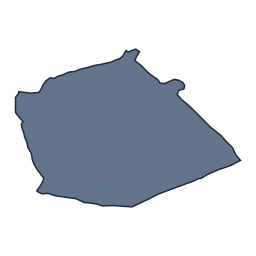 Åsele, Västerbotten, Sweden (Albers equal-area conic projection)
{"feature_id": "70781695B85403631212767", "entity_name": "Åsele", "entity_type": "district", "adm_level": 2, "iso_a3": "SWE", "parent_name": "Sweden", "parent_adm1": "Västerbotten", "projection": "albers", "projection_center": [17.524, 64.215], "detail": "fine", "context": "isolated", "style": "filled", "palette": "slate", "viewbox_px": 256, "rotation_deg": 0, "n_neighbors": 0, "source": "geoboundaries", "source_scale": "gbopen_adm2", "svg_char_len": 1237}
<svg xmlns="http://www.w3.org/2000/svg" viewBox="0 0 256 256"><path d="M36.8,190.9L38.0,191.9L42.0,193.8L48.2,193.4L56.0,195.9L63.8,197.0L76.0,198.7L79.5,200.3L84.3,202.5L89.9,203.0L97.0,204.1L102.1,205.9L113.9,205.6L132.0,206.9L136.7,204.7L140.9,202.7L148.5,199.1L158.7,193.9L172.9,188.6L194.0,180.8L199.0,178.5L201.2,178.3L207.2,174.6L218.7,169.6L230.9,165.4L240.5,160.4L235.9,155.0L232.5,147.6L226.5,141.8L220.7,135.3L209.7,126.5L197.3,113.9L188.5,105.3L181.3,99.4L177.2,94.5L178.7,90.5L184.0,88.9L184.6,85.1L182.7,82.4L178.6,80.2L174.3,79.4L169.7,81.3L165.0,83.5L160.1,83.2L157.9,79.8L153.2,76.4L148.9,73.4L142.0,66.3L134.9,60.5L136.4,56.8L139.5,51.8L135.8,49.1L132.4,50.3L128.4,51.9L126.0,50.7L125.9,50.6L123.1,55.6L120.1,58.4L115.1,60.2L111.1,62.1L101.8,64.2L94.4,65.5L86.1,67.9L78.6,69.7L75.5,71.3L68.7,72.2L62.5,74.9L57.9,76.1L54.5,78.3L50.1,77.9L45.8,81.0L42.9,85.3L40.7,89.9L38.8,92.4L30.8,93.2L18.8,91.7L18.7,93.4L15.5,97.4L15.5,102.0L15.4,108.9L15.6,112.6L18.7,116.7L20.8,119.1L22.9,121.4L21.3,124.5L22.1,128.3L23.6,132.1L24.6,136.9L26.9,142.4L27.8,147.2L31.2,153.2L32.3,159.5L34.1,164.5L37.8,170.5L40.2,173.4L41.8,175.8L43.6,177.4L43.1,181.1L40.5,185.5L36.8,190.9Z" fill="#64748b" stroke="#1e293b" stroke-width="1.5"/></svg>